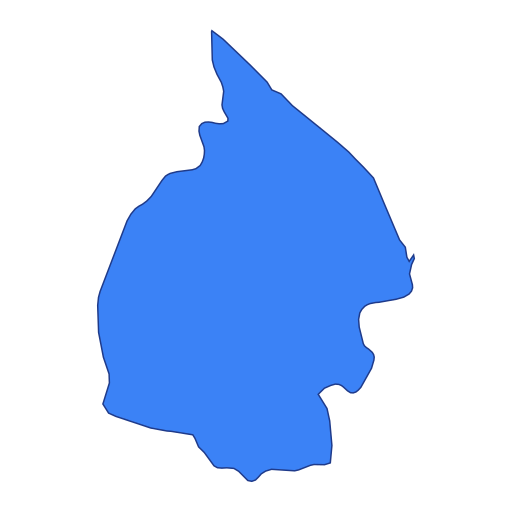 the Region of Mahaica-Berbice
{"feature_id": "GUY-679", "entity_name": "Mahaica-Berbice", "entity_type": "Region", "adm_level": 1, "iso_a3": "GUY", "parent_name": "Guyana", "parent_adm1": "", "projection": "albers", "projection_center": [-57.805, 6.276], "detail": "fine", "context": "isolated", "style": "filled", "palette": "blue", "viewbox_px": 512, "rotation_deg": 0, "n_neighbors": 0, "source": "natural_earth", "source_scale": "10m", "svg_char_len": 1818}
<svg xmlns="http://www.w3.org/2000/svg" viewBox="0 0 512 512"><path d="M211.9,30.7L223.1,39.2L250.7,65.6L267.1,82.1L271.8,89.9L281.1,93.9L292.3,105.6L321.7,129.4L337.9,142.6L348.7,152.0L355.7,159.4L363.4,167.1L373.5,178.0L384.1,203.4L399.6,240.0L405.3,247.2L406.9,257.3L409.2,261.4L413.6,255.0L414.3,258.6L411.6,264.5L409.5,273.9L412.4,284.7L412.6,287.8L411.5,291.1L409.1,294.0L403.8,297.1L396.3,299.2L378.8,302.3L375.7,302.5L370.0,303.6L367.3,304.7L364.7,306.3L361.8,309.4L359.8,312.9L358.6,319.4L359.2,327.1L363.3,343.7L364.5,345.9L366.4,347.6L368.5,349.0L372.3,352.4L373.6,354.6L374.2,357.1L373.9,360.1L371.5,368.3L360.8,387.4L358.2,390.2L355.9,392.0L353.2,392.9L350.5,392.7L347.5,390.8L343.4,387.0L341.4,385.5L338.9,384.4L335.3,384.1L330.8,385.4L324.4,388.2L318.2,394.3L327.0,408.5L329.7,420.9L331.9,445.5L330.3,462.9L324.5,464.7L314.0,464.5L310.4,465.3L298.6,469.9L294.7,470.8L271.5,469.3L265.6,471.1L261.3,473.8L258.5,477.0L255.5,480.0L251.8,481.3L247.8,480.5L238.7,471.3L233.9,468.4L226.8,467.8L221.8,468.1L217.4,467.7L214.0,465.8L204.3,452.5L198.6,446.9L195.0,438.4L192.8,434.8L171.1,431.3L167.0,431.0L150.7,428.0L115.9,416.4L108.6,413.1L102.9,404.0L109.4,383.0L109.1,374.0L103.4,357.2L98.6,332.4L97.7,305.4L98.5,297.4L100.1,291.5L127.1,220.8L131.0,214.0L135.3,208.8L138.9,206.2L142.4,204.3L146.7,201.1L151.3,196.4L162.0,180.4L165.5,176.1L167.8,174.6L170.2,173.4L177.0,171.7L192.1,169.8L195.9,168.7L200.2,165.5L202.3,161.8L203.7,157.8L204.3,154.2L204.5,150.5L204.0,146.8L199.8,135.2L199.0,131.2L199.3,126.5L201.8,123.6L204.9,122.2L208.5,122.0L212.0,122.4L215.5,123.3L219.4,123.8L223.3,123.6L227.8,121.1L228.0,118.3L224.2,111.8L222.6,108.4L222.0,104.9L223.7,91.3L222.8,86.8L221.3,82.3L217.0,74.3L214.0,67.0L212.3,60.0L211.6,31.6L211.9,30.7L211.9,30.7Z" fill="#3b82f6" stroke="#1e3a8a" stroke-width="1.5"/></svg>